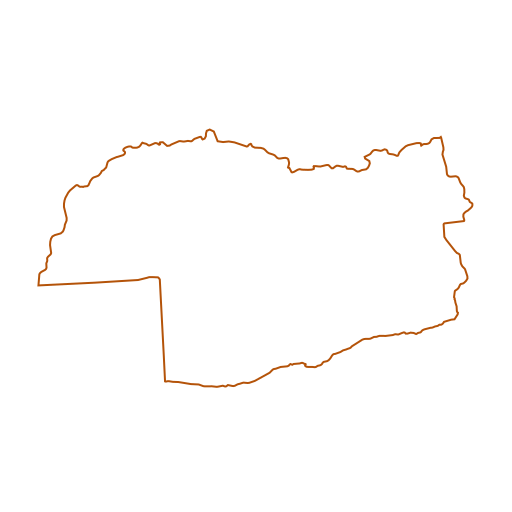 outline of Mendoza, rotated 87°
{"feature_id": "ARG-1275", "entity_name": "Mendoza", "entity_type": "Province", "adm_level": 1, "iso_a3": "ARG", "parent_name": "Argentina", "parent_adm1": "", "projection": "natural_earth1", "projection_center": [-68.979, -34.756], "detail": "fine", "context": "isolated", "style": "outline", "palette": "amber", "viewbox_px": 512, "rotation_deg": 87, "n_neighbors": 0, "source": "natural_earth", "source_scale": "10m", "svg_char_len": 6025}
<svg xmlns="http://www.w3.org/2000/svg" viewBox="0 0 512 512"><g transform="rotate(87 256 256)"><path d="M162.7,142.3L160.7,137.6L160.1,136.5L157.9,134.6L156.9,133.5L156.4,132.2L156.4,130.6L157.5,126.1L157.2,124.5L156.6,123.2L156.2,121.9L156.8,120.3L157.6,119.5L159.7,119.0L160.6,118.3L161.1,117.1L161.7,113.8L162.2,112.4L163.3,110.2L163.3,109.2L162.4,108.5L160.9,107.9L159.8,107.2L157.7,105.1L154.3,100.8L153.3,98.4L151.7,89.9L151.7,88.2L151.8,86.7L152.0,86.1L152.3,85.5L153.8,85.4L154.4,85.2L153.1,83.1L153.0,81.7L153.1,80.3L152.9,78.6L152.2,77.0L151.2,76.1L148.7,74.6L147.5,72.2L147.7,66.5L146.8,65.2L147.6,64.9L157.3,63.2L159.9,63.2L161.5,63.9L164.4,64.5L176.8,61.4L184.2,61.0L184.7,60.8L185.5,60.4L185.9,60.0L186.2,59.6L186.7,58.9L186.9,58.0L187.0,57.0L186.8,52.6L186.9,52.1L187.2,51.3L187.9,50.3L188.1,50.0L189.1,49.5L193.1,48.2L194.5,47.5L195.2,47.0L196.8,45.7L198.0,44.9L198.4,44.8L200.1,44.5L203.6,44.6L206.7,45.3L208.4,44.8L208.8,44.6L209.3,44.0L209.5,43.7L210.3,41.5L210.8,40.6L211.1,40.4L211.9,40.1L212.6,39.9L213.1,39.7L213.4,39.4L214.5,37.7L215.2,37.2L215.8,37.2L216.9,37.3L217.7,37.6L218.4,38.1L219.2,38.9L221.8,42.2L222.4,43.6L223.3,44.9L224.5,46.2L225.4,46.7L227.6,46.9L230.6,46.2L231.5,46.2L231.8,46.3L232.0,46.6L233.3,66.1L233.7,66.7L234.3,67.0L246.8,66.9L250.1,65.0L261.4,57.0L263.5,55.2L264.3,53.6L264.9,52.9L265.7,52.4L273.5,51.9L274.8,51.6L277.1,50.5L279.6,48.3L280.3,47.9L287.3,46.0L289.6,46.0L291.8,47.5L293.5,49.4L294.2,50.5L294.7,53.0L295.5,53.8L298.0,55.1L298.9,55.8L299.7,56.7L301.1,59.0L301.6,59.3L307.5,60.4L308.6,59.9L309.1,59.8L309.6,60.0L310.7,59.5L311.2,59.5L313.0,59.3L316.8,58.3L321.0,58.3L321.9,58.2L322.6,57.9L323.2,57.3L324.9,57.7L329.6,61.1L329.8,64.4L331.6,71.7L333.0,72.7L333.7,73.5L334.2,74.4L334.3,75.0L334.2,76.2L334.4,76.8L334.8,77.3L335.2,78.0L335.4,78.7L335.7,80.8L336.6,83.2L336.8,84.2L336.8,85.4L338.1,91.8L338.5,92.8L338.9,93.7L339.7,94.6L340.4,95.1L340.9,95.8L341.1,97.1L341.4,98.5L342.0,99.4L342.3,100.2L341.1,102.6L340.8,104.8L340.6,105.4L341.4,108.7L341.3,110.6L340.3,111.4L340.0,112.3L340.6,114.5L341.8,117.8L341.8,118.7L341.5,120.2L341.4,121.0L341.6,121.9L342.1,123.5L342.6,130.6L342.2,136.8L342.7,138.9L343.0,139.6L343.0,142.4L344.5,146.0L344.7,147.5L344.5,150.9L344.6,152.4L345.1,154.2L351.2,165.0L352.5,166.3L352.9,167.1L353.7,169.9L354.0,170.6L354.8,174.0L356.3,176.7L357.9,182.0L358.0,183.4L358.5,184.4L359.6,185.4L361.9,187.0L362.9,187.9L363.9,189.0L364.7,190.4L365.3,194.0L366.1,195.0L367.2,195.7L368.0,196.6L368.5,197.7L368.9,200.1L370.0,202.1L370.1,203.3L369.7,205.7L369.5,209.8L369.2,211.5L368.3,212.6L367.8,212.7L367.0,212.1L366.6,212.1L366.4,212.4L366.1,213.5L365.2,215.0L365.1,216.0L365.6,218.0L365.8,224.1L366.5,225.5L365.7,227.2L366.2,228.1L367.3,229.1L367.8,230.6L368.1,237.2L369.6,242.2L369.8,244.0L370.3,245.2L373.3,248.5L380.7,263.8L382.3,269.4L382.4,271.0L381.8,275.1L382.0,276.1L382.8,279.1L383.0,280.4L383.3,281.4L384.4,283.7L384.7,285.0L384.6,286.3L383.4,290.8L384.1,291.8L384.5,292.4L384.7,293.0L384.6,294.0L383.8,295.9L384.5,300.8L384.6,302.0L383.8,306.9L383.5,313.9L383.2,315.5L381.3,319.9L380.5,327.7L377.8,340.1L377.3,345.7L376.5,349.4L376.4,350.7L376.8,353.2L377.2,353.4L349.3,353.3L274.5,353.3L273.3,353.9L272.2,355.0L271.7,360.2L271.5,363.4L271.7,364.6L272.0,365.6L273.8,375.0L274.2,418.4L274.0,474.8L262.9,473.3L261.9,472.7L260.7,471.3L258.8,467.3L257.9,466.3L256.7,465.8L252.6,465.8L251.9,465.6L250.5,464.9L249.8,464.7L247.8,464.7L247.2,464.7L245.9,463.8L243.6,461.0L242.3,460.4L234.3,461.1L231.0,460.7L228.0,459.8L225.8,458.3L224.6,455.8L223.2,449.8L221.5,447.6L220.3,446.9L217.3,445.7L214.7,445.2L210.7,443.3L208.1,443.1L197.0,445.2L193.7,445.0L190.5,444.3L187.9,443.3L182.9,440.2L180.7,438.2L176.2,432.3L175.8,431.2L176.0,430.4L177.1,429.1L177.6,428.3L177.7,427.5L177.7,425.9L178.0,425.1L177.6,424.0L177.4,420.7L176.4,419.5L175.5,419.1L174.4,418.5L172.5,417.6L170.0,415.5L169.5,414.8L169.1,414.2L168.2,411.1L167.7,409.6L167.0,408.5L164.8,406.5L163.3,405.7L163.0,405.4L162.2,403.6L160.8,402.2L159.9,401.1L159.5,400.9L154.9,399.4L154.2,399.0L153.9,398.8L153.1,397.7L151.7,395.0L149.9,390.0L149.7,388.8L148.3,383.4L147.7,382.5L147.1,381.8L146.5,381.5L146.0,381.4L145.6,381.4L145.2,381.5L144.9,381.7L144.1,382.6L143.8,382.9L143.4,383.0L142.6,382.8L142.3,382.6L141.7,381.9L141.0,380.8L140.3,378.8L140.0,377.3L140.0,376.0L140.1,375.3L140.3,374.8L141.1,374.0L141.3,373.6L141.4,373.1L141.5,372.1L141.6,369.9L141.5,368.9L141.3,368.4L140.9,367.2L140.6,366.8L139.7,365.8L137.3,364.0L136.9,363.5L137.4,362.5L138.2,359.9L138.6,359.2L139.6,358.0L140.1,357.0L139.8,355.8L138.0,351.0L138.0,350.0L138.5,348.6L138.8,348.1L139.3,347.7L139.7,347.2L139.8,346.6L139.4,346.0L138.0,346.2L137.5,345.9L137.5,343.1L141.4,339.0L141.2,336.4L140.2,334.7L137.3,326.8L137.3,325.6L137.9,322.7L137.9,321.2L137.5,318.0L138.1,314.8L137.6,313.6L136.7,312.6L135.8,311.3L134.2,306.1L134.1,304.9L134.8,304.3L136.0,303.9L136.8,303.2L136.1,301.2L133.8,299.8L130.9,299.5L128.4,298.6L127.3,295.6L129.5,291.6L139.4,288.3L140.5,282.9L140.2,277.2L141.4,271.6L146.2,259.5L146.0,258.6L145.2,257.9L144.2,256.8L143.7,255.4L144.1,254.9L145.1,254.7L146.4,253.9L147.7,251.5L148.3,245.5L149.2,242.9L150.4,241.5L153.0,239.2L154.1,237.6L155.5,233.8L156.4,232.1L159.3,229.5L159.9,228.0L159.9,226.3L159.6,224.0L159.5,221.6L160.0,219.9L161.0,218.8L164.3,218.1L165.6,218.2L166.9,218.5L169.2,219.4L169.6,219.1L169.6,218.5L169.8,218.1L174.2,216.1L174.4,215.3L173.9,213.5L172.3,210.4L171.9,209.4L171.6,208.0L171.7,207.3L171.9,206.7L172.2,205.5L172.7,199.5L172.7,195.9L172.1,193.8L170.9,193.5L169.9,193.9L169.3,193.6L169.4,191.5L169.9,188.4L170.0,187.0L168.9,181.0L168.9,179.3L169.4,178.4L171.6,176.6L172.4,175.7L172.4,174.5L170.7,172.0L170.1,170.7L170.2,169.2L171.5,164.7L171.5,163.9L171.3,163.2L171.1,162.5L171.4,161.7L171.7,161.4L173.0,160.9L173.5,160.6L173.7,159.6L174.0,156.0L174.2,154.7L174.8,153.5L176.5,151.3L177.0,150.1L176.9,148.6L175.7,145.8L175.2,141.5L173.8,139.7L171.7,138.4L169.4,137.5L167.1,137.9L164.4,141.9L162.7,142.3Z" fill="none" stroke="#b45309" stroke-width="2"/></g></svg>